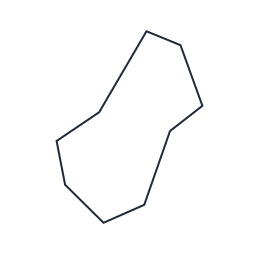 an SVG outline of Gżira, rotated 288°
{"feature_id": "MLT-5938", "entity_name": "Gżira", "entity_type": "state/province", "adm_level": 1, "iso_a3": "MLT", "parent_name": "Malta", "parent_adm1": "", "projection": "mercator", "projection_center": [14.498, 35.901], "detail": "fine", "context": "isolated", "style": "outline", "palette": "slate", "viewbox_px": 256, "rotation_deg": 288, "n_neighbors": 0, "source": "natural_earth", "source_scale": "10m", "svg_char_len": 279}
<svg xmlns="http://www.w3.org/2000/svg" viewBox="0 0 256 256"><g transform="rotate(288 128 128)"><path d="M223.0,152.3L172.1,191.9L138.1,168.9L60.0,167.2L30.3,134.0L54.6,85.7L93.6,64.1L134.1,95.7L225.7,115.7L223.0,152.3Z" fill="none" stroke="#1e293b" stroke-width="2"/></g></svg>